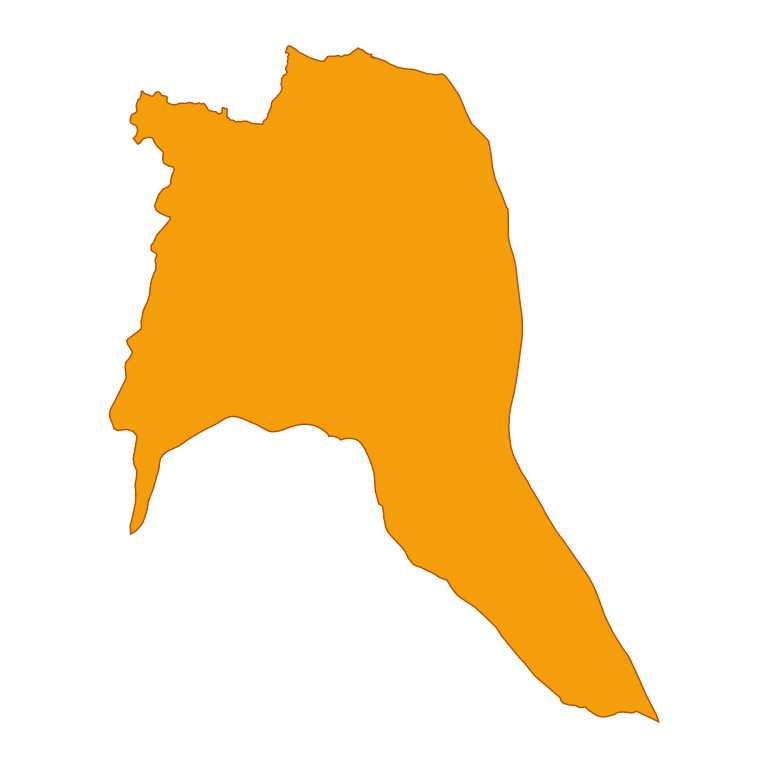 Sangthong, Vientiane [prefecture], Laos (Mercator projection)
{"feature_id": "54806243B2404656271674", "entity_name": "Sangthong", "entity_type": "district", "adm_level": 2, "iso_a3": "LAO", "parent_name": "Laos", "parent_adm1": "Vientiane [prefecture]", "projection": "mercator", "projection_center": [102.117, 18.241], "detail": "fine", "context": "isolated", "style": "filled", "palette": "amber", "viewbox_px": 768, "rotation_deg": 0, "n_neighbors": 0, "source": "geoboundaries", "source_scale": "gbopen_adm2", "svg_char_len": 6000}
<svg xmlns="http://www.w3.org/2000/svg" viewBox="0 0 768 768"><path d="M138.4,99.2L137.6,101.7L136.9,103.0L136.4,104.3L136.3,106.4L136.4,107.8L137.0,110.3L136.8,111.3L136.2,112.3L134.6,113.3L132.7,114.2L131.8,114.9L131.3,115.6L130.8,116.7L130.3,119.4L130.3,121.5L130.4,122.1L130.8,122.7L131.9,123.8L134.7,124.9L135.9,125.8L136.7,126.9L137.4,129.2L137.5,130.4L137.3,131.8L137.1,132.9L136.3,135.0L135.5,136.4L133.2,138.4L137.8,144.1L140.3,142.8L140.7,142.4L141.1,141.2L142.1,139.9L143.4,138.8L144.4,138.3L146.6,137.7L148.6,137.4L150.8,137.5L151.6,137.7L152.3,138.2L152.8,138.6L153.2,139.3L154.8,142.7L157.2,146.3L163.4,152.3L162.6,159.1L164.0,163.4L168.9,166.1L173.1,167.1L174.4,169.9L172.1,174.6L170.8,180.0L170.8,183.4L168.4,186.6L163.0,189.0L158.6,194.9L154.5,206.1L156.3,210.2L159.7,212.9L166.4,216.1L169.9,217.0L170.2,219.4L164.0,227.0L156.8,235.0L153.8,242.1L151.1,245.6L151.0,249.4L152.0,251.2L156.3,253.4L156.7,255.9L155.0,260.1L155.9,263.8L155.9,268.9L153.2,275.2L150.8,282.7L149.5,294.9L147.5,301.7L143.0,311.2L142.3,316.7L141.0,321.0L141.6,326.4L140.3,329.7L128.2,338.9L126.6,340.7L127.8,344.5L131.0,349.5L132.5,352.6L129.6,358.0L125.8,362.4L125.1,366.5L126.2,377.7L124.6,381.5L115.9,399.2L110.8,408.6L109.4,413.6L110.2,418.0L113.1,425.5L114.2,428.8L118.1,430.6L123.2,429.7L127.8,429.5L133.0,431.5L137.1,436.0L134.9,449.6L133.2,458.6L134.3,465.2L136.9,470.9L136.5,477.3L135.1,484.7L135.8,492.9L135.5,502.5L132.9,514.8L130.2,525.9L130.6,534.0L133.7,532.4L136.4,530.4L140.8,525.6L142.7,522.8L143.9,519.8L147.3,509.4L148.0,503.0L148.4,501.2L153.2,488.9L156.7,476.1L158.3,471.6L159.1,467.3L159.4,463.6L160.4,458.6L163.7,454.2L166.6,451.8L170.0,450.0L178.2,446.3L181.5,444.2L189.2,438.7L193.7,436.1L198.2,433.3L205.7,429.1L212.5,425.9L216.9,423.6L222.1,420.2L225.4,418.3L229.9,416.7L233.1,416.4L236.4,416.7L242.0,418.4L256.5,424.5L262.6,428.0L269.3,431.2L272.1,431.8L277.7,431.3L282.3,430.0L292.9,426.1L298.6,424.8L304.7,424.2L309.2,424.5L314.0,425.3L318.5,427.3L320.6,428.4L325.4,431.8L327.5,433.7L328.2,434.6L328.6,436.2L333.0,436.1L339.0,438.0L340.6,440.0L343.6,439.0L346.2,438.4L352.2,438.5L355.3,439.2L358.5,440.7L362.1,444.6L364.8,448.8L368.7,457.2L372.3,466.6L373.2,470.5L374.0,472.5L374.5,478.0L375.3,490.7L378.9,504.0L382.4,506.0L383.5,512.4L383.8,517.8L385.1,523.3L385.6,527.0L387.9,532.0L391.8,536.7L394.9,539.8L403.0,548.5L405.2,551.9L406.7,554.5L407.8,557.1L408.9,559.0L413.4,564.4L415.4,565.4L420.4,567.2L434.1,573.7L439.5,577.4L443.8,579.2L447.0,580.1L449.6,584.7L452.5,589.2L457.0,594.9L462.7,599.2L474.5,606.8L483.8,615.3L496.2,627.3L501.7,636.1L519.2,657.4L524.5,663.0L532.2,672.7L535.7,676.6L560.0,697.5L561.0,700.6L562.8,702.9L566.4,704.2L570.1,705.0L575.7,705.6L579.2,707.3L582.0,707.6L584.9,706.7L589.4,710.7L596.5,715.3L599.9,716.5L603.7,716.9L607.5,716.4L614.6,714.3L618.4,712.2L623.1,712.0L628.5,712.5L631.4,712.9L634.1,712.5L636.0,711.2L650.3,717.6L658.6,721.9L658.5,720.9L656.1,714.0L652.6,707.7L646.9,696.6L643.4,689.0L640.3,681.5L628.6,656.4L622.4,647.9L613.0,632.7L605.1,616.6L599.8,601.8L595.9,591.5L592.3,583.8L588.5,576.7L562.6,539.5L557.0,532.2L546.7,515.5L541.5,505.6L535.3,495.1L530.5,487.5L527.2,480.8L521.9,472.8L516.8,462.8L513.1,454.6L511.1,447.7L509.4,436.7L508.8,426.5L509.5,414.4L510.9,406.1L514.1,392.5L516.2,380.9L517.4,372.7L521.4,342.9L522.4,333.3L522.2,321.3L521.6,312.9L520.4,305.8L519.5,297.9L516.7,274.9L515.9,266.7L513.3,255.5L509.5,243.3L508.4,236.4L508.1,209.6L506.3,206.7L501.0,192.5L497.6,185.0L495.2,179.0L492.5,167.3L490.8,152.8L488.7,141.4L486.0,138.1L478.5,130.4L471.9,124.1L466.6,113.5L463.1,104.7L459.1,95.4L450.3,82.5L445.3,76.0L442.3,74.0L436.1,74.7L426.9,73.7L418.9,71.0L413.1,69.4L406.0,69.0L397.2,67.2L389.5,63.8L384.9,61.1L377.2,58.3L375.2,57.8L374.7,57.8L374.0,58.2L373.6,58.0L373.5,57.2L373.3,56.8L372.7,56.8L372.0,57.4L371.6,57.5L371.1,57.3L370.9,56.7L371.0,56.0L371.8,54.9L371.7,54.4L370.6,54.2L369.2,54.6L368.7,54.5L367.6,53.3L366.4,53.2L365.8,52.9L364.9,51.7L363.6,50.7L362.0,49.9L359.2,48.8L358.3,48.0L355.2,50.2L352.6,51.8L351.1,53.5L348.5,54.9L347.5,55.1L344.2,55.1L342.5,56.3L341.8,56.7L341.0,56.7L340.5,56.6L338.8,55.5L338.1,55.5L334.8,56.3L331.3,56.2L328.0,56.5L327.4,56.7L324.4,61.0L320.7,61.3L310.4,58.0L299.3,52.3L295.2,49.0L290.4,46.1L288.4,46.1L287.0,47.4L286.9,49.7L285.5,51.7L285.5,52.5L285.7,52.8L287.0,52.8L287.9,53.1L288.5,53.6L288.9,54.5L288.7,55.0L287.6,56.6L287.6,57.1L288.1,58.2L288.1,58.7L287.4,61.0L287.7,62.7L287.6,64.3L287.3,65.4L285.6,67.9L285.5,68.4L285.5,69.3L286.8,70.7L286.9,72.0L286.2,74.1L285.9,74.4L284.4,74.9L283.7,75.4L283.0,76.6L281.6,78.6L281.5,82.3L281.0,83.8L281.3,85.5L282.0,86.7L282.2,87.7L282.0,89.4L281.8,90.0L280.7,91.5L279.6,93.8L277.5,95.6L276.0,97.8L273.0,100.5L272.5,101.1L271.5,103.1L271.3,106.6L270.7,107.7L270.0,109.6L269.1,111.0L268.9,112.5L268.0,113.8L267.8,116.7L266.9,117.9L266.3,119.2L264.6,120.1L263.9,120.7L263.2,122.3L263.0,123.9L262.6,124.3L251.9,123.4L246.8,121.2L244.0,121.2L239.4,121.9L239.1,121.5L238.3,121.4L237.0,121.9L235.9,122.0L235.0,121.5L234.2,120.8L233.2,120.3L230.5,120.1L229.4,119.1L228.6,117.9L227.3,117.1L226.9,116.5L227.1,113.6L226.9,112.2L227.2,109.9L226.9,108.8L226.5,108.4L225.3,108.9L223.6,107.6L222.6,107.7L222.2,108.4L222.0,111.9L221.4,113.0L220.3,113.8L219.0,114.0L217.7,113.5L216.9,112.5L216.0,111.8L214.0,111.7L212.0,111.1L210.1,110.8L209.0,110.3L208.1,109.5L205.0,104.6L203.7,103.4L203.2,103.4L202.5,103.8L201.3,103.9L199.2,103.0L198.3,103.0L195.9,103.9L195.1,103.9L190.6,102.6L188.6,102.6L186.0,103.4L184.9,103.5L183.5,103.2L179.8,103.3L178.0,103.8L175.6,104.9L173.4,104.7L171.1,104.2L169.3,103.6L168.1,103.0L167.6,102.5L167.2,101.9L166.9,101.1L166.8,99.7L167.2,98.7L167.2,97.8L167.1,97.2L166.8,96.8L165.7,96.2L162.5,95.6L162.0,95.4L161.0,94.5L159.9,92.9L159.4,92.4L158.3,91.9L156.5,92.0L154.9,93.4L153.5,95.5L152.6,96.2L151.3,96.3L149.2,95.1L144.8,93.7L143.7,92.8L142.8,91.4L142.5,91.2L141.9,91.2L141.3,91.5L141.2,91.8L141.2,94.2L140.4,97.7L140.2,98.1L139.3,99.1L138.4,99.2Z" fill="#f59e0b" stroke="#b45309" stroke-width="1.5"/></svg>